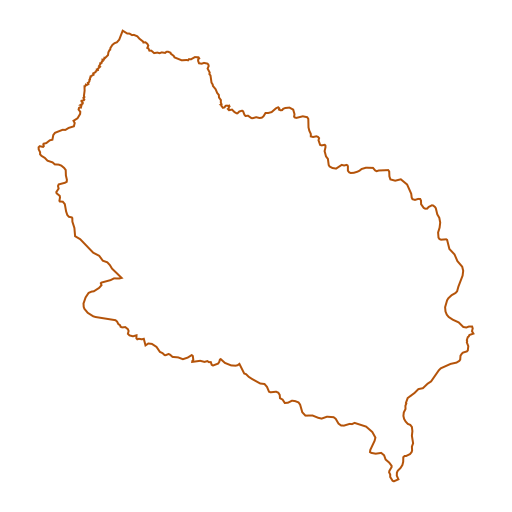 Lugela, Zambezia, Mozambique
{"feature_id": "85939544B172449318268", "entity_name": "Lugela", "entity_type": "district", "adm_level": 2, "iso_a3": "MOZ", "parent_name": "Mozambique", "parent_adm1": "Zambezia", "projection": "orthographic", "projection_center": [36.652, -16.329], "detail": "fine", "context": "isolated", "style": "outline", "palette": "amber", "viewbox_px": 512, "rotation_deg": 0, "n_neighbors": 0, "source": "geoboundaries", "source_scale": "gbopen_adm2", "svg_char_len": 5920}
<svg xmlns="http://www.w3.org/2000/svg" viewBox="0 0 512 512"><path d="M440.2,222.6L439.3,217.8L437.3,214.4L435.8,208.2L434.9,206.9L433.1,205.5L431.9,205.3L428.6,207.0L427.2,208.6L425.2,208.7L423.7,207.9L421.1,204.2L421.0,200.6L420.2,199.0L418.2,198.9L415.0,199.9L412.5,199.2L411.7,197.6L411.2,193.7L407.1,184.5L400.8,179.3L395.2,180.7L390.4,179.4L389.4,176.4L389.2,171.5L388.2,170.1L378.8,170.5L376.6,171.2L375.1,170.4L373.0,167.9L366.0,167.7L361.6,169.0L359.5,170.7L357.4,171.7L353.8,172.8L350.7,173.0L349.1,172.3L347.9,170.7L347.9,166.4L347.5,165.4L346.6,164.9L344.1,165.5L341.7,164.9L336.1,168.6L332.4,168.0L329.6,166.5L328.7,165.0L327.9,158.9L326.0,156.4L324.6,151.1L325.5,147.2L325.4,145.5L324.7,144.8L321.7,145.4L320.1,144.9L318.5,140.2L319.1,138.2L318.0,136.9L316.4,136.3L313.1,137.0L310.8,136.4L310.8,133.9L309.3,130.7L308.5,127.4L308.3,118.9L307.2,117.2L302.8,116.3L296.4,117.9L294.8,117.5L294.1,116.7L294.5,114.2L293.2,109.6L289.4,107.6L285.3,108.0L283.2,108.8L282.2,110.1L280.7,110.3L279.0,109.6L279.3,108.4L278.2,107.3L276.0,108.3L271.6,112.1L268.2,113.0L265.5,113.0L263.5,116.3L261.8,117.7L259.5,118.0L256.2,117.2L252.7,118.2L251.4,118.1L248.0,115.7L245.5,116.0L244.4,114.7L243.1,111.3L242.1,110.7L239.3,111.5L237.5,113.3L236.6,113.3L234.5,112.1L232.0,109.6L229.0,110.2L227.9,109.0L228.7,108.4L228.9,107.0L229.5,106.4L229.1,105.7L228.7,106.1L227.0,105.6L225.6,105.8L224.5,107.4L222.9,107.8L221.3,105.7L221.5,104.7L220.8,104.5L221.4,104.0L220.8,102.4L220.9,100.1L219.0,97.5L218.8,94.9L217.2,93.0L215.6,89.2L212.9,85.9L212.7,84.5L211.5,82.6L210.5,75.5L209.4,74.1L209.7,72.5L207.6,68.6L208.7,66.0L208.3,64.5L207.4,63.6L204.0,62.9L201.7,63.7L199.0,63.3L198.1,60.8L198.2,59.2L199.2,58.4L198.5,57.3L194.9,57.1L191.0,59.3L188.9,59.2L188.1,60.3L186.6,60.0L181.7,60.3L174.5,57.4L173.7,55.9L170.8,53.7L170.5,52.7L168.0,51.7L166.4,51.8L165.2,52.9L161.7,52.4L159.6,53.2L157.4,52.6L154.1,53.1L151.4,50.7L149.4,50.7L148.4,48.4L147.3,47.9L148.3,45.6L147.3,43.8L145.5,42.3L143.4,42.5L143.1,41.6L139.4,38.7L137.3,36.3L133.9,34.9L132.0,35.1L129.5,33.6L127.2,33.5L122.7,30.7L119.2,39.7L116.9,42.3L114.5,43.2L112.4,44.9L110.4,48.0L110.2,49.7L109.5,50.1L108.4,52.3L108.0,55.1L104.9,58.2L104.4,57.9L103.8,59.7L102.5,59.6L102.7,61.1L101.8,61.5L101.6,62.9L100.2,63.3L100.4,64.1L99.0,66.1L100.0,66.8L97.8,68.8L97.9,69.8L96.8,69.6L96.8,70.6L95.7,71.4L95.5,72.2L93.2,73.4L93.6,74.7L90.5,76.4L90.6,77.4L89.9,78.2L90.0,79.5L89.3,80.0L89.5,81.0L88.7,82.5L87.9,82.8L88.4,84.1L86.6,85.1L85.9,84.6L85.1,86.3L84.5,86.3L84.6,90.7L83.9,96.1L84.4,97.0L83.4,97.9L84.3,99.6L83.8,100.3L81.5,100.8L81.5,101.5L82.8,102.8L82.7,103.6L80.5,105.0L81.5,105.3L80.9,107.6L79.7,107.4L79.0,107.9L78.6,109.6L80.3,111.8L80.1,114.0L77.5,118.3L73.5,120.8L74.7,123.0L73.9,126.3L68.7,127.9L65.4,129.9L62.6,129.8L55.0,132.8L53.3,135.0L52.4,139.7L49.8,140.3L46.3,143.1L43.6,143.7L43.3,144.4L43.8,146.1L43.1,146.9L39.7,146.2L38.6,147.3L38.7,149.4L40.1,152.2L40.1,154.3L41.4,155.8L44.8,157.9L47.5,160.7L52.6,162.4L54.8,164.4L58.7,164.6L61.3,165.6L64.1,167.9L65.7,170.0L65.9,175.5L66.9,179.8L66.7,181.8L64.9,182.8L58.7,184.4L58.0,186.0L58.6,188.6L56.3,192.1L56.6,193.3L59.7,195.8L60.0,197.4L59.4,200.8L59.8,201.5L62.8,201.7L64.8,204.1L66.1,211.4L67.3,215.0L68.9,216.8L71.8,217.4L72.3,218.1L72.4,221.7L74.4,228.0L75.1,236.2L80.2,239.2L93.2,252.7L99.2,255.8L102.8,260.7L107.3,262.3L109.9,265.1L112.0,268.6L121.6,277.9L119.2,278.5L114.0,278.4L110.6,280.1L101.4,282.6L100.8,283.2L101.5,285.2L99.1,287.9L93.8,291.3L91.6,291.6L88.6,292.9L85.6,297.4L83.5,303.5L83.7,306.9L84.4,308.8L87.7,312.8L93.2,316.3L95.5,317.0L115.5,320.2L117.1,321.6L118.3,324.0L120.1,325.3L120.6,326.8L122.2,327.4L125.3,327.1L127.9,329.2L128.6,331.0L127.9,333.8L129.5,335.4L133.0,336.3L136.5,335.3L136.4,338.3L137.3,339.3L138.9,338.8L141.9,339.3L143.8,338.8L145.5,345.4L148.3,343.5L151.9,343.9L156.5,346.9L159.9,351.9L162.5,353.1L164.6,355.1L165.6,355.2L168.6,354.0L170.1,354.7L172.5,356.9L178.2,357.4L182.9,359.2L187.7,357.6L191.7,355.1L192.8,356.0L193.3,359.8L192.3,361.0L192.2,361.9L200.2,360.8L204.5,361.9L207.4,361.1L208.8,362.1L210.8,362.1L211.7,364.8L213.0,365.5L218.1,363.6L219.3,361.8L219.9,359.6L220.7,359.1L224.9,362.9L231.1,365.4L235.6,365.7L237.7,365.2L239.4,363.9L244.2,373.5L246.1,374.2L248.7,376.8L251.9,378.9L260.2,383.5L264.5,384.0L267.0,386.9L269.0,391.7L270.6,392.3L276.1,391.7L278.3,392.7L279.7,394.9L280.0,398.2L282.6,399.6L284.8,403.0L288.0,402.7L292.0,400.7L295.1,401.1L298.5,402.4L300.1,404.6L302.3,412.3L305.4,415.6L312.5,415.5L318.2,417.8L321.6,418.6L327.0,416.7L333.6,417.2L335.7,418.8L338.5,423.6L341.1,425.5L344.0,425.6L349.6,423.9L352.0,424.1L354.6,422.9L366.1,426.6L372.3,432.0L375.4,437.6L374.6,440.8L370.3,449.9L370.0,452.1L371.3,452.9L375.7,453.7L381.2,452.9L384.1,455.3L385.6,459.5L389.2,462.6L391.6,465.8L391.6,467.1L389.4,470.8L389.1,472.3L390.2,474.5L390.2,477.0L392.6,480.8L393.9,481.3L398.4,479.3L396.8,475.7L396.9,472.6L397.8,470.7L400.5,468.0L402.4,465.0L403.2,461.8L403.3,457.2L404.6,456.0L406.1,456.0L410.0,454.1L411.6,452.1L412.1,450.5L411.9,446.6L413.1,443.3L411.9,435.8L412.4,431.2L411.9,427.0L410.3,424.9L407.8,423.9L405.6,421.5L404.1,418.9L403.4,415.9L403.8,412.4L405.5,409.0L405.4,405.8L406.3,403.5L405.9,403.0L407.7,398.0L414.5,393.0L418.4,389.1L422.9,388.2L427.6,383.7L431.1,381.4L438.8,370.3L440.8,368.3L450.6,363.9L456.5,362.6L459.3,360.9L460.2,359.6L460.5,355.7L461.9,353.6L463.0,352.6L466.9,351.4L467.8,350.4L468.3,346.2L466.8,342.3L467.2,341.1L466.8,340.2L467.8,337.1L468.7,336.5L469.4,335.0L473.4,333.6L472.0,331.2L472.7,328.4L472.1,326.5L469.0,326.5L466.3,327.5L463.3,327.0L458.7,322.4L452.8,319.7L448.7,317.0L446.8,314.7L445.5,311.5L445.1,307.2L447.1,300.3L448.3,298.3L451.6,295.2L455.5,293.0L457.1,291.3L458.4,286.6L462.6,275.6L463.2,270.8L462.2,266.7L457.4,261.1L454.5,254.4L449.4,249.0L447.1,239.9L446.2,239.3L441.1,239.7L439.5,239.1L438.5,237.6L438.1,232.5L439.6,227.6L440.2,222.6Z" fill="none" stroke="#b45309" stroke-width="2"/></svg>